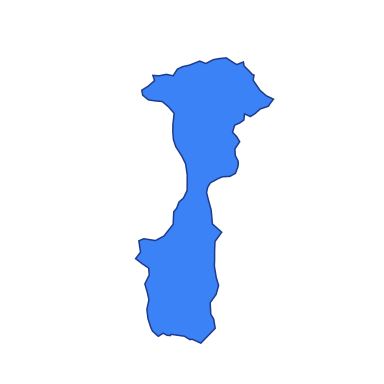 Sarama, Paphos, Cyprus (Mercator projection), rotated 129°
{"feature_id": "46923920B86735418834185", "entity_name": "Sarama", "entity_type": "district", "adm_level": 2, "iso_a3": "CYP", "parent_name": "Cyprus", "parent_adm1": "Paphos", "projection": "mercator", "projection_center": [32.535, 34.96], "detail": "fine", "context": "isolated", "style": "filled", "palette": "blue", "viewbox_px": 384, "rotation_deg": 129, "n_neighbors": 0, "source": "geoboundaries", "source_scale": "gbopen_adm2", "svg_char_len": 1534}
<svg xmlns="http://www.w3.org/2000/svg" viewBox="0 0 384 384"><g transform="rotate(129 192 192)"><path d="M283.3,88.2L277.1,95.2L275.2,100.4L266.6,108.2L256.5,108.8L247.9,112.5L243.0,119.6L235.6,127.9L230.7,131.6L223.0,137.8L216.0,143.0L204.6,143.6L204.0,156.0L193.9,165.8L188.9,172.8L186.8,175.7L183.2,180.4L178.5,182.8L173.3,183.5L165.7,180.4L161.1,178.0L156.0,172.4L150.2,170.0L143.8,172.1L141.5,173.3L139.1,175.4L136.4,181.3L131.5,185.8L122.9,186.6L120.8,192.4L120.1,198.1L113.2,200.9L108.2,198.3L103.4,197.0L98.2,200.3L96.6,194.1L91.6,192.4L84.4,191.2L77.3,186.6L74.0,187.0L68.6,187.1L70.5,195.0L70.2,203.1L66.7,214.8L62.1,217.4L62.7,219.0L62.1,223.1L61.3,230.8L58.6,233.9L64.8,237.4L65.4,241.5L66.2,249.8L71.2,254.8L73.5,256.8L75.7,258.7L83.5,262.2L85.4,268.4L94.7,273.6L100.8,278.4L105.8,280.7L113.6,279.8L116.7,286.0L122.5,290.8L126.0,295.8L128.9,291.2L137.5,292.7L144.5,295.1L145.7,293.7L147.8,291.2L147.8,285.3L147.8,283.8L144.5,278.2L140.4,272.0L140.6,263.7L142.1,255.4L151.7,249.2L157.5,244.6L162.9,239.5L167.0,233.1L170.5,222.5L174.2,214.6L181.8,206.4L193.8,196.8L202.0,194.8L208.0,195.8L214.2,193.7L218.9,193.7L229.0,186.3L243.8,186.1L252.7,189.8L258.7,200.1L263.4,202.6L271.2,194.1L279.3,193.9L279.1,185.5L278.4,177.8L283.4,173.0L293.1,170.8L298.2,163.5L302.8,157.7L311.6,153.2L318.0,146.7L323.4,138.5L325.0,135.0L325.4,127.8L325.1,127.2L322.9,126.6L319.9,125.5L319.0,121.1L317.2,118.5L315.7,118.6L308.9,107.2L308.0,100.7L306.3,99.2L303.9,90.0L283.3,88.2Z" fill="#3b82f6" stroke="#1e3a8a" stroke-width="1.5"/></g></svg>